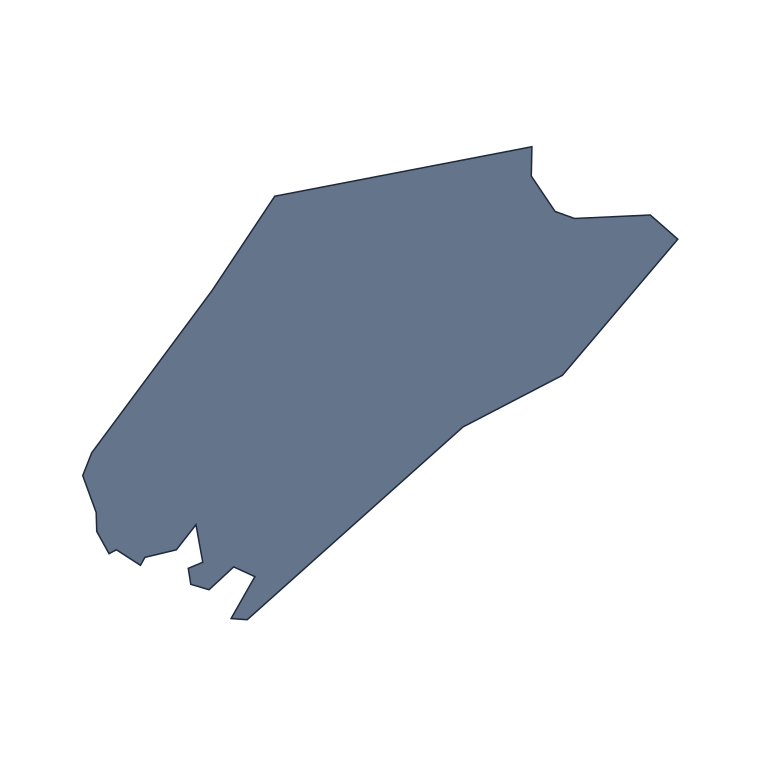 Webster, Kentucky, United States of America (Equal Earth projection), rotated 352°
{"feature_id": "52423323B51645732520918", "entity_name": "Webster", "entity_type": "district", "adm_level": 2, "iso_a3": "USA", "parent_name": "United States of America", "parent_adm1": "Kentucky", "projection": "equal_earth", "projection_center": [-87.761, 37.499], "detail": "fine", "context": "isolated", "style": "filled", "palette": "slate", "viewbox_px": 768, "rotation_deg": 352, "n_neighbors": 0, "source": "geoboundaries", "source_scale": "gbopen_adm2", "svg_char_len": 512}
<svg xmlns="http://www.w3.org/2000/svg" viewBox="0 0 768 768"><g transform="rotate(352 384 384)"><path d="M85.0,411.4L72.9,432.8L81.1,471.2L79.0,490.0L88.1,513.8L95.9,510.9L117.6,529.7L123.1,522.4L155.3,519.3L178.2,497.2L179.7,535.3L164.5,539.3L164.8,555.5L182.1,563.4L209.7,544.2L229.3,556.8L199.9,595.0L215.7,598.4L456.3,437.5L561.9,400.2L695.1,281.5L671.2,253.7L595.7,246.6L577.4,236.9L558.8,198.6L563.5,169.6L302.0,182.8L226.5,267.8L85.0,411.4Z" fill="#64748b" stroke="#1e293b" stroke-width="1.5"/></g></svg>